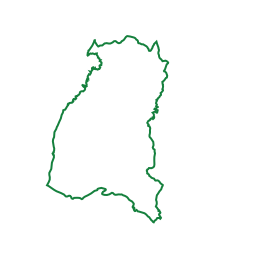 Bazartete, Liquica, East Timor, rotated 298°
{"feature_id": "22284137B77878310699205", "entity_name": "Bazartete", "entity_type": "district", "adm_level": 2, "iso_a3": "TLS", "parent_name": "East Timor", "parent_adm1": "Liquica", "projection": "mercator", "projection_center": [125.444, -8.63], "detail": "fine", "context": "isolated", "style": "outline", "palette": "green", "viewbox_px": 256, "rotation_deg": 298, "n_neighbors": 0, "source": "geoboundaries", "source_scale": "gbopen_adm2", "svg_char_len": 5711}
<svg xmlns="http://www.w3.org/2000/svg" viewBox="0 0 256 256"><g transform="rotate(298 128 128)"><path d="M190.4,56.8L190.0,57.2L188.6,57.4L188.1,57.6L184.1,57.8L178.8,57.2L177.8,56.7L177.0,57.2L175.8,57.1L173.3,58.0L173.1,58.5L174.2,58.9L174.7,59.3L175.4,59.2L175.8,59.7L176.3,60.0L176.5,61.2L177.3,61.8L177.5,63.8L178.5,64.5L179.2,65.5L177.9,66.0L177.3,67.4L177.0,67.6L176.6,68.2L176.1,68.4L176.3,68.9L175.8,69.6L175.9,70.1L175.0,70.9L175.0,71.3L174.2,71.6L174.5,71.9L174.1,71.9L174.2,72.1L173.7,72.7L173.4,73.8L173.0,74.2L172.0,74.3L171.4,74.6L171.2,74.9L170.9,74.9L170.4,73.9L169.8,73.6L168.8,74.2L168.3,75.1L166.7,75.0L166.4,74.3L165.5,74.0L165.3,73.8L165.3,72.6L164.9,72.2L164.7,71.5L164.7,71.2L165.0,71.0L164.5,70.9L164.3,70.4L165.4,69.0L165.1,68.6L164.0,68.1L163.2,68.5L162.8,69.3L160.8,69.0L160.1,68.7L160.0,68.2L159.4,69.4L159.1,69.4L159.1,69.1L158.3,69.4L157.2,69.3L157.1,68.3L156.6,68.4L156.0,68.2L154.7,68.2L153.7,68.7L153.4,69.2L153.2,69.0L152.9,69.0L152.9,69.4L152.7,69.6L152.7,69.4L152.2,69.2L152.1,68.9L151.3,69.0L150.7,69.5L150.7,69.9L150.6,70.2L150.1,70.0L150.0,69.6L149.8,69.6L149.9,69.4L149.5,69.5L149.4,70.0L149.3,69.5L148.3,70.0L148.1,69.9L146.7,71.3L146.0,71.3L145.5,71.9L145.1,71.7L145.2,70.4L144.8,69.6L145.0,69.2L144.8,68.5L144.5,68.1L144.6,67.8L144.4,67.7L143.8,68.7L143.5,69.8L143.4,70.8L143.2,71.0L143.5,71.0L143.4,71.2L142.1,71.9L141.0,71.9L139.3,71.2L139.2,70.7L138.4,69.5L137.4,68.9L136.9,68.8L136.0,69.2L134.5,69.1L133.1,68.3L132.4,68.3L132.0,67.4L131.3,66.9L130.4,67.5L130.0,68.3L128.9,68.2L128.4,67.9L128.4,66.8L128.1,66.4L127.0,66.3L126.5,66.6L126.1,67.2L125.4,67.2L125.2,67.1L125.2,66.7L124.3,66.8L124.0,66.6L122.7,64.7L122.1,64.6L121.7,64.0L121.4,64.1L121.0,63.7L120.7,63.7L120.5,64.3L120.1,64.4L118.7,64.1L115.6,64.0L114.7,63.9L114.4,63.4L113.2,62.5L112.7,62.9L110.8,63.3L108.4,63.3L104.9,64.2L101.2,64.4L96.8,64.8L95.7,64.7L93.4,65.1L89.8,65.0L85.3,67.0L82.9,67.2L81.0,67.9L76.5,71.3L75.4,72.4L73.3,73.4L72.2,73.4L72.0,73.8L71.7,73.9L71.0,73.9L70.5,73.4L70.0,73.4L69.6,74.1L69.2,74.5L69.4,75.0L69.1,75.4L67.2,76.4L61.7,77.1L55.8,79.5L51.4,79.6L49.6,80.6L47.9,82.0L45.7,83.1L43.2,83.4L39.4,83.4L39.5,85.0L38.7,91.9L38.6,94.6L39.1,99.2L39.2,102.7L38.4,105.1L38.6,105.8L39.2,106.7L40.3,107.5L40.7,108.1L40.9,108.9L40.3,110.3L39.4,111.2L39.5,112.4L39.7,112.7L41.0,113.2L42.8,116.4L43.6,118.3L43.5,120.6L44.1,121.1L45.6,121.4L47.3,122.3L49.7,124.1L53.0,126.2L56.8,128.0L58.5,129.8L58.8,130.0L60.0,129.8L60.9,130.6L62.6,132.6L63.4,136.1L63.5,136.8L63.3,137.2L63.0,137.4L62.4,137.4L59.9,135.9L58.2,135.8L57.5,136.4L57.7,137.8L58.0,138.9L59.0,140.9L60.7,142.7L63.2,144.2L63.5,145.1L62.9,147.2L63.1,148.2L63.7,149.2L65.0,150.9L65.9,152.9L66.3,153.4L66.4,153.9L66.3,155.4L66.6,156.8L66.6,159.2L66.2,160.6L65.1,162.8L65.0,166.2L64.2,168.0L64.0,168.5L63.0,169.0L60.6,169.1L60.1,169.5L60.0,169.8L60.6,170.7L60.3,171.2L60.0,171.4L59.2,171.1L58.6,171.6L58.1,172.3L57.9,173.1L58.1,173.4L59.2,173.6L59.7,174.0L59.0,175.8L59.4,177.0L60.5,182.6L60.2,184.6L59.2,187.4L59.2,188.6L57.6,191.8L57.3,193.2L56.8,194.2L56.8,195.0L58.8,195.1L60.5,196.0L62.1,196.0L62.4,196.3L63.3,198.0L63.0,199.1L64.0,199.3L64.3,199.1L64.5,198.3L64.6,198.2L64.7,198.4L65.1,197.8L65.5,196.7L66.4,195.9L68.0,196.4L68.5,196.3L69.2,195.3L69.1,194.7L69.3,194.8L70.0,194.2L69.8,193.2L70.4,192.7L70.8,191.6L71.3,191.0L71.7,189.5L74.3,189.1L75.1,188.7L76.4,187.9L77.4,186.8L77.8,186.5L81.7,185.2L82.6,185.1L83.6,185.3L86.8,185.5L89.4,186.1L91.7,185.7L93.4,185.7L94.0,185.5L94.4,182.8L95.5,180.6L95.7,179.2L95.5,178.4L94.6,177.2L94.5,176.6L95.5,174.8L95.1,172.1L95.6,170.7L95.7,169.3L96.3,168.9L96.9,167.8L96.9,166.3L97.7,166.0L98.9,164.8L99.4,164.5L99.8,164.7L100.3,164.5L101.2,165.1L102.5,165.3L103.5,167.5L104.5,168.4L105.9,169.0L106.6,169.0L108.3,168.4L111.6,166.5L114.7,164.9L118.4,163.7L119.3,162.8L121.4,161.6L121.5,160.1L122.4,159.0L124.9,158.6L127.6,156.8L129.7,152.9L130.1,151.6L130.7,150.9L132.1,150.2L132.9,150.1L134.7,149.4L136.2,148.5L138.3,147.7L139.5,146.3L139.3,144.8L139.4,144.7L140.4,144.8L140.7,144.6L140.7,144.2L141.6,142.6L143.7,142.6L144.6,143.3L145.2,143.3L145.5,143.7L146.7,143.6L147.2,143.9L147.6,145.3L147.9,145.6L148.3,144.9L148.9,144.7L149.2,145.3L148.3,145.8L148.1,146.0L149.0,146.3L150.0,146.0L150.4,145.3L151.6,144.8L152.3,144.2L152.9,143.3L153.1,142.6L155.5,144.3L155.0,145.3L155.0,146.2L155.3,146.5L157.6,145.9L157.2,142.5L157.8,142.6L158.6,143.7L159.5,143.7L160.4,144.5L160.6,144.4L160.5,142.6L162.2,142.5L163.0,141.1L164.7,140.7L165.5,140.8L165.9,140.6L166.1,139.9L166.7,140.1L166.9,140.6L168.8,140.6L169.8,141.2L171.0,141.1L172.6,141.6L173.2,141.3L174.1,140.4L175.1,140.8L177.5,141.3L178.2,140.8L178.3,140.2L179.0,140.0L179.4,140.1L181.5,139.3L182.1,138.7L182.8,138.5L183.2,137.7L184.3,137.3L184.7,136.7L187.0,137.6L190.0,138.0L190.8,138.6L191.9,138.3L192.7,138.0L194.7,135.8L195.3,134.1L195.0,133.3L195.2,133.0L197.3,133.1L202.3,132.3L203.9,132.9L204.5,132.8L205.1,131.7L205.1,129.6L203.2,127.1L204.2,125.1L204.4,123.9L204.8,122.9L205.6,122.0L206.9,121.1L207.9,119.9L209.3,119.2L210.4,119.1L211.4,118.7L212.7,117.5L213.3,117.1L216.1,114.0L217.6,112.6L214.4,111.6L213.9,111.8L211.5,111.6L210.5,111.9L207.4,111.8L206.7,111.6L206.3,111.1L206.1,110.2L207.4,109.0L207.6,108.3L208.3,107.4L208.8,106.0L209.0,102.1L208.3,100.7L208.3,98.7L207.8,97.4L208.0,97.0L209.3,96.0L209.8,95.4L210.0,94.5L209.9,94.0L210.7,92.3L210.7,90.8L209.8,87.0L208.9,84.4L208.6,84.0L207.3,83.4L204.0,83.0L202.3,82.2L201.7,81.7L200.1,81.5L199.2,80.8L198.6,80.2L198.4,78.8L198.9,76.3L198.4,75.4L197.7,74.7L196.6,74.4L195.1,73.4L194.2,72.6L193.6,71.5L192.9,69.3L191.6,67.6L188.9,66.6L187.6,64.5L186.3,63.8L186.0,63.5L186.7,61.6L188.9,57.9L190.0,57.6L190.4,56.8Z" fill="none" stroke="#15803d" stroke-width="2"/></g></svg>